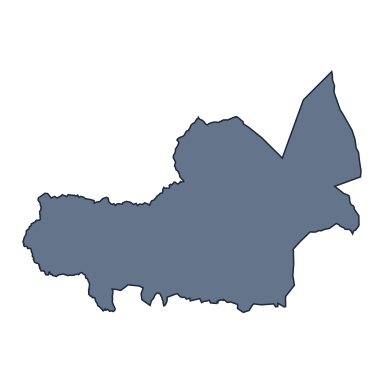 Santa María Tlahuitoltepec, Oaxaca, Mexico (Natural Earth projection)
{"feature_id": "50627088B87126124877298", "entity_name": "Santa María Tlahuitoltepec", "entity_type": "district", "adm_level": 2, "iso_a3": "MEX", "parent_name": "Mexico", "parent_adm1": "Oaxaca", "projection": "natural_earth1", "projection_center": [-96.099, 17.126], "detail": "fine", "context": "isolated", "style": "filled", "palette": "slate", "viewbox_px": 384, "rotation_deg": 0, "n_neighbors": 0, "source": "geoboundaries", "source_scale": "gbopen_adm2", "svg_char_len": 5905}
<svg xmlns="http://www.w3.org/2000/svg" viewBox="0 0 384 384"><path d="M102.7,310.6L103.1,310.9L105.1,309.0L105.3,310.2L106.5,310.0L107.3,309.4L108.8,310.1L109.4,311.2L110.8,311.0L111.6,310.8L112.9,311.5L114.2,310.8L114.8,310.2L115.2,309.0L112.4,302.5L112.5,299.4L112.4,296.2L113.0,291.4L112.1,289.1L116.6,289.5L120.7,290.4L125.3,287.0L127.9,284.8L139.2,286.0L143.1,287.9L141.1,293.9L141.9,299.7L150.1,305.4L151.3,300.9L152.8,299.2L153.9,297.7L154.7,295.4L155.4,294.6L156.5,293.3L157.4,292.9L158.5,293.4L159.7,293.5L161.4,296.5L162.1,298.2L162.1,299.3L163.1,301.1L163.1,302.6L163.8,305.8L164.6,305.6L165.6,304.3L166.5,302.5L167.1,300.2L167.2,297.2L177.0,293.6L177.7,294.0L178.6,295.0L180.4,296.8L182.5,297.5L184.0,297.2L184.9,297.4L186.4,299.1L189.9,298.3L190.2,300.9L199.8,298.6L201.6,302.6L203.7,301.5L207.4,300.9L209.3,300.2L210.5,302.9L216.6,303.5L217.0,302.7L217.1,302.1L217.9,302.6L218.3,300.4L219.2,300.6L220.0,300.3L220.6,299.8L221.3,300.1L222.5,300.0L223.3,300.3L223.6,299.5L227.3,302.3L228.7,302.3L230.2,301.8L236.0,303.9L237.3,304.2L237.6,304.4L237.5,308.5L243.3,312.4L249.2,310.4L249.8,309.2L252.9,304.5L254.1,303.9L261.4,304.8L273.7,303.9L275.6,306.8L277.8,306.5L277.8,303.3L282.3,305.8L284.0,306.9L285.6,306.6L285.5,296.6L294.4,285.2L292.8,275.4L293.7,264.0L293.3,249.1L300.0,241.7L309.1,232.9L310.4,231.9L312.6,232.1L315.8,232.0L318.8,230.6L321.3,230.8L322.3,230.3L325.1,229.2L329.2,228.5L336.3,223.5L339.2,224.8L340.0,226.0L342.4,227.2L343.9,227.8L345.2,229.3L349.4,229.4L350.9,230.8L352.6,233.9L353.7,230.8L355.6,230.1L358.8,225.8L359.0,224.6L358.8,215.8L354.3,209.2L353.9,206.7L353.2,205.8L351.1,204.7L349.7,201.4L349.5,197.3L348.8,195.6L343.5,193.3L334.7,186.3L360.5,176.9L361.0,170.8L359.6,162.0L358.5,152.4L356.1,147.9L355.0,139.5L352.0,130.3L343.6,115.4L340.1,109.7L334.0,92.3L334.5,85.9L332.5,79.9L332.3,74.5L331.7,71.6L303.4,99.9L282.3,158.1L262.1,138.1L248.8,127.4L243.4,123.9L243.0,121.7L238.5,117.9L236.7,116.7L235.9,117.2L235.3,116.8L234.7,117.0L234.2,117.4L232.7,117.7L232.4,117.9L231.1,118.6L229.7,119.0L227.7,120.0L225.3,119.8L224.4,120.1L223.3,119.9L222.7,120.5L221.5,120.8L221.1,121.4L219.7,121.6L218.8,122.4L218.3,122.4L218.0,122.5L217.7,122.3L214.8,122.0L212.6,122.4L209.1,123.5L207.5,124.8L205.9,124.4L203.8,121.6L202.4,120.4L199.4,119.1L198.3,117.3L198.0,118.4L196.8,119.0L194.5,122.9L193.3,123.2L192.8,123.5L191.0,125.1L190.8,125.9L190.4,126.6L189.8,128.1L188.9,129.4L188.5,130.6L186.4,131.1L184.3,135.1L183.7,135.8L182.0,136.7L180.2,137.3L177.9,138.7L176.9,140.0L178.5,141.7L178.8,142.9L177.7,145.7L175.5,149.0L175.3,152.5L173.6,155.1L173.2,157.5L173.6,158.4L175.6,162.0L174.5,166.1L175.3,167.0L176.0,169.7L177.4,170.5L178.2,171.7L178.5,172.7L179.3,174.0L179.9,176.7L180.6,177.7L182.5,179.8L183.4,180.2L183.7,181.5L183.3,181.5L181.4,182.1L180.5,181.5L178.8,183.6L177.9,183.8L177.1,183.9L175.1,182.2L174.2,182.1L173.1,183.5L172.7,183.7L172.3,184.4L171.2,184.8L170.3,184.4L169.1,185.6L169.8,186.8L169.2,188.1L164.8,188.2L163.8,187.4L162.8,189.7L162.6,192.0L162.2,193.0L160.3,193.3L159.1,194.6L157.1,196.0L156.7,196.9L156.0,197.4L155.8,197.9L154.4,199.4L153.9,200.2L153.4,200.2L151.8,200.7L151.0,201.9L149.9,204.1L149.6,205.3L148.2,204.2L144.7,202.8L142.3,204.5L139.6,204.0L137.4,205.5L136.1,203.4L133.4,204.5L131.5,203.0L130.3,202.3L129.5,202.0L128.3,201.9L126.5,201.4L122.7,202.8L122.4,204.0L120.9,204.1L118.7,203.7L116.4,204.3L115.4,205.5L113.8,203.7L113.0,204.0L112.6,204.4L110.7,203.9L109.7,202.7L108.9,201.9L108.1,198.1L106.4,197.3L102.6,198.7L99.8,201.6L96.4,202.1L94.2,203.1L94.0,200.6L89.6,199.3L88.2,199.2L85.2,198.6L83.7,197.2L80.3,196.4L79.6,197.1L78.8,197.1L77.6,195.1L76.1,196.0L74.9,195.8L74.2,195.2L71.9,195.3L68.3,194.6L66.9,196.5L62.3,194.8L60.9,196.0L56.9,198.0L54.6,196.4L51.3,198.0L48.7,194.8L47.6,193.6L44.9,193.3L38.4,198.0L38.0,199.8L38.9,201.5L39.4,201.9L40.0,202.7L40.4,205.3L41.1,207.0L41.1,207.6L40.8,209.2L40.9,209.8L40.1,210.8L39.8,211.4L39.6,212.3L39.8,214.0L40.1,215.3L40.1,217.0L40.3,218.4L40.2,219.4L39.5,220.1L38.1,220.2L37.5,220.5L36.8,220.2L36.5,220.3L36.0,220.6L35.2,221.9L31.3,223.9L31.1,225.9L31.0,226.1L29.8,226.4L29.3,226.9L29.3,228.0L29.0,228.2L29.0,228.6L28.5,229.1L26.8,230.2L26.5,230.6L26.3,231.4L26.2,234.0L25.3,235.6L25.1,236.2L24.3,237.4L23.7,239.4L23.6,240.3L23.2,240.9L23.0,242.1L23.2,242.6L23.8,243.4L24.0,243.9L23.7,244.9L23.8,245.5L24.4,246.4L24.8,246.5L26.1,246.4L26.9,246.7L27.3,247.0L27.5,247.8L27.5,248.3L27.8,248.6L28.5,248.6L29.9,248.2L31.1,249.2L31.5,252.2L32.4,253.3L32.5,253.7L32.3,256.2L32.9,256.6L33.2,257.3L33.5,258.1L33.7,258.5L33.7,259.0L33.4,259.3L33.4,259.6L33.7,259.9L34.3,261.7L34.7,262.3L36.4,263.1L37.0,263.3L37.7,263.2L39.1,264.6L39.2,265.0L39.0,265.6L39.3,266.0L39.3,266.4L39.8,267.0L39.9,267.5L39.6,267.8L39.7,268.5L40.6,269.5L40.9,270.2L40.9,270.7L41.0,270.9L41.9,271.0L42.7,270.8L43.4,270.9L44.8,271.8L45.0,273.1L45.6,274.2L45.6,274.4L45.9,274.7L46.4,274.7L47.1,274.9L48.1,274.9L48.6,274.2L48.7,272.9L48.9,272.3L49.2,272.0L49.6,272.0L49.8,273.1L50.6,274.5L51.1,274.5L51.8,274.2L52.1,274.3L52.3,274.7L52.7,275.5L53.3,275.7L55.2,276.0L56.0,276.4L56.2,276.5L57.0,275.8L57.7,275.7L58.7,274.7L60.9,274.5L61.7,274.1L62.6,274.0L64.6,274.4L64.8,274.7L65.9,274.7L66.2,275.0L66.6,275.0L67.6,275.6L68.4,275.5L69.2,275.2L70.4,275.2L71.2,275.3L73.6,275.2L74.5,275.0L75.0,274.6L76.6,274.4L77.5,274.1L78.4,274.4L78.6,274.6L79.5,273.9L80.2,272.9L81.8,272.6L82.9,273.7L85.5,275.4L85.6,277.5L86.1,278.3L86.9,278.4L87.6,279.0L87.7,279.7L88.0,280.0L88.2,280.9L89.3,283.1L89.5,284.7L89.4,285.9L89.0,288.5L89.3,289.0L89.2,289.4L88.6,289.8L88.7,291.5L88.9,292.1L88.7,292.8L88.9,293.2L88.7,294.2L90.4,296.0L90.8,296.2L91.2,296.2L91.6,296.5L91.8,297.1L92.6,297.6L93.3,297.8L93.7,297.5L94.2,297.5L94.7,298.0L95.2,298.2L95.1,299.2L95.6,301.0L96.1,301.9L97.3,303.6L97.6,305.2L97.8,305.7L99.9,307.1L100.8,308.1L101.5,309.1L102.1,309.2L102.4,309.6L102.7,310.6Z" fill="#64748b" stroke="#1e293b" stroke-width="1.5"/></svg>